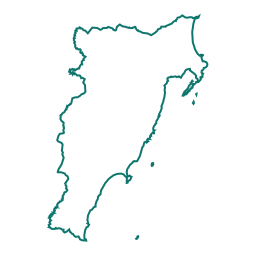 Pathio, Chumphon, Thailand (Mercator projection)
{"feature_id": "78962969B3300924250293", "entity_name": "Pathio", "entity_type": "district", "adm_level": 2, "iso_a3": "THA", "parent_name": "Thailand", "parent_adm1": "Chumphon", "projection": "mercator", "projection_center": [99.321, 10.773], "detail": "fine", "context": "isolated", "style": "outline", "palette": "teal", "viewbox_px": 256, "rotation_deg": 0, "n_neighbors": 0, "source": "geoboundaries", "source_scale": "gbopen_adm2", "svg_char_len": 5634}
<svg xmlns="http://www.w3.org/2000/svg" viewBox="0 0 256 256"><path d="M76.6,28.5L76.7,30.5L75.9,30.0L75.4,30.5L75.8,31.0L75.1,32.3L75.7,32.9L75.3,33.9L74.6,34.3L75.1,35.6L74.4,35.8L74.5,37.0L73.8,38.0L74.6,38.4L74.1,38.9L73.8,40.1L75.0,42.0L74.2,42.7L75.4,45.4L75.1,46.7L76.0,48.4L76.8,48.8L77.2,48.4L78.4,49.5L80.0,49.2L80.4,49.6L80.8,50.2L80.2,52.1L80.6,52.8L81.2,53.2L82.1,52.6L83.0,54.2L82.8,55.2L85.5,56.7L83.5,58.8L83.8,60.0L82.6,60.5L81.7,61.9L82.2,64.3L81.2,64.3L79.8,66.3L79.2,68.4L78.4,68.2L77.4,69.1L76.5,69.1L75.2,70.5L74.8,70.5L75.3,70.2L75.0,69.7L74.1,69.2L73.1,69.5L72.4,68.9L70.9,69.9L70.0,69.4L69.1,71.7L70.1,71.9L70.3,72.9L71.4,72.8L70.8,73.6L72.6,73.3L72.7,74.1L73.1,73.5L73.8,74.0L74.0,73.3L74.4,73.7L74.8,73.3L77.2,75.5L79.4,75.4L80.2,75.8L81.2,78.2L82.3,77.8L84.7,79.1L83.2,82.5L85.0,85.1L85.4,91.8L84.0,93.4L81.5,94.3L80.0,95.8L77.5,97.3L74.8,97.4L72.4,98.3L71.2,103.4L70.6,104.2L70.0,104.1L69.3,105.1L68.5,105.2L67.3,106.8L67.0,106.4L66.7,107.2L67.1,107.7L66.2,108.6L66.5,109.5L65.4,110.0L64.5,112.0L62.3,113.4L61.8,114.6L60.7,115.0L60.4,115.6L60.8,116.9L60.4,118.9L61.4,120.8L63.7,122.7L63.2,125.5L63.8,126.2L63.6,127.1L64.1,128.0L63.3,130.2L63.9,132.4L63.6,133.2L59.8,133.8L58.5,135.8L57.2,140.1L58.2,141.4L61.7,143.0L62.6,144.5L61.9,150.8L62.9,152.6L62.3,154.4L63.7,157.7L61.6,164.3L58.6,169.2L57.7,172.0L58.4,172.4L60.8,172.2L64.7,173.5L65.9,175.3L67.4,176.1L67.8,176.9L68.3,179.0L65.2,183.3L65.6,183.9L65.5,185.1L66.5,186.2L66.1,188.4L66.5,188.5L67.3,190.3L65.6,192.1L64.5,192.3L63.4,195.3L62.8,195.6L62.6,196.8L63.0,197.7L62.3,198.6L62.7,198.6L62.7,200.0L60.4,201.7L59.6,201.5L59.2,202.5L58.2,203.0L57.1,204.8L57.5,205.9L55.9,207.0L56.6,207.4L55.9,207.4L55.8,208.2L55.2,208.1L54.3,208.9L54.8,210.4L54.1,210.5L54.4,211.3L53.7,212.0L54.1,212.5L53.5,212.5L53.9,212.8L53.5,212.8L53.4,213.6L52.5,213.5L52.4,214.0L52.2,213.7L51.4,214.5L51.0,214.2L49.6,215.9L49.7,216.7L50.1,216.7L49.4,217.1L50.1,217.5L49.4,218.0L49.9,218.2L49.9,219.3L50.7,220.1L50.2,220.2L49.8,221.5L50.1,221.7L49.4,222.5L50.4,224.0L48.7,225.0L49.3,226.3L48.7,227.2L50.3,227.6L51.5,228.8L54.8,229.0L55.8,227.9L56.9,228.7L59.0,228.2L61.2,228.8L62.0,229.6L63.6,229.7L63.4,231.5L64.7,232.5L66.6,231.7L69.2,229.4L70.2,232.2L70.9,232.4L71.8,233.6L73.0,234.0L74.4,236.0L75.7,236.8L78.6,236.5L80.0,239.3L82.1,240.3L86.2,240.6L85.9,239.4L84.9,239.2L84.5,238.5L84.3,235.1L85.2,230.0L86.6,227.2L87.9,226.7L89.1,224.7L87.7,223.6L88.3,223.4L87.4,220.1L88.0,215.5L90.3,210.4L91.9,209.7L94.0,207.1L95.6,206.6L95.5,204.6L96.6,201.0L97.7,199.2L98.1,196.7L99.4,195.1L100.4,194.5L101.1,190.4L105.2,183.2L108.7,178.9L113.3,175.4L117.1,173.9L121.3,173.6L123.8,174.5L124.7,175.8L126.9,177.7L126.7,182.9L127.6,182.7L128.4,180.7L130.2,179.9L131.5,176.8L130.3,176.4L129.7,175.6L128.2,176.4L127.3,175.5L126.7,172.0L127.2,169.3L130.0,164.9L132.7,162.5L132.8,161.9L134.2,161.0L134.8,161.4L137.2,161.1L139.9,156.0L142.3,147.3L143.3,146.2L144.4,142.3L145.9,141.7L146.6,142.6L147.2,142.2L147.1,141.7L147.8,141.4L147.1,141.0L147.3,139.5L147.7,139.0L148.3,139.5L149.0,138.9L149.8,139.0L149.3,138.3L150.0,137.4L150.2,136.3L151.2,136.0L151.0,135.2L150.6,135.2L151.6,133.6L152.7,132.8L153.4,133.4L154.0,133.3L153.9,132.0L153.4,131.8L153.4,131.2L154.4,130.4L153.7,130.3L153.2,129.3L153.3,127.8L154.1,125.8L155.4,124.5L155.4,123.8L156.2,123.2L156.3,121.3L159.2,116.4L158.6,116.1L159.5,115.3L159.0,115.0L159.1,114.1L160.9,110.7L161.8,107.8L161.4,106.5L163.5,101.1L163.4,100.1L164.2,98.1L165.0,92.6L164.6,89.8L165.1,87.5L164.4,85.5L166.7,83.3L167.3,81.2L168.1,80.9L167.3,78.7L168.3,77.5L170.7,77.1L171.1,76.6L171.6,77.0L175.6,76.4L176.6,77.1L178.0,76.7L179.6,77.1L179.6,76.8L180.9,77.7L183.0,74.2L183.8,73.7L185.6,70.3L187.2,69.3L189.9,68.9L189.9,70.4L194.7,74.0L196.2,75.8L195.9,77.2L196.4,78.3L197.3,78.6L198.0,80.4L197.5,81.6L196.1,82.0L196.0,82.7L197.6,81.9L198.3,82.1L200.8,79.5L200.4,77.3L200.9,77.0L201.7,77.5L202.5,76.8L202.4,75.4L203.0,73.9L202.3,73.9L202.3,73.1L201.5,72.5L201.8,70.5L202.6,70.3L203.6,69.0L203.8,67.9L205.5,67.5L206.6,66.6L207.3,65.3L207.3,63.8L206.4,62.2L203.6,61.2L203.0,61.4L202.3,60.5L201.3,56.8L203.0,55.4L202.8,54.9L200.8,54.8L200.5,55.8L199.8,55.8L197.5,53.7L195.1,49.5L192.8,42.2L192.2,32.0L193.4,23.7L194.6,19.4L196.5,17.4L197.3,17.3L197.4,18.1L198.4,17.7L198.9,16.2L197.7,17.1L196.5,16.7L194.4,17.9L192.8,18.1L192.1,17.4L190.5,17.1L187.3,17.7L185.4,17.5L182.3,15.4L179.9,17.2L177.5,17.7L177.0,19.1L176.0,19.9L175.9,20.9L175.4,20.7L173.6,21.6L171.7,23.6L165.6,26.2L165.5,26.7L161.3,26.7L160.7,28.3L157.9,29.4L157.5,30.4L155.3,32.6L151.2,35.2L147.8,33.5L142.5,32.8L140.4,31.5L138.5,31.2L138.1,30.3L137.3,30.4L136.4,29.3L135.3,27.2L135.2,26.1L134.8,27.1L132.6,27.7L132.4,28.1L129.4,27.9L129.2,27.5L128.5,27.8L125.1,26.7L122.7,26.4L119.8,24.5L117.0,26.7L116.0,30.0L115.3,30.5L113.5,29.9L112.5,28.4L108.1,26.9L106.8,28.0L102.9,28.1L101.7,29.3L100.2,29.8L97.2,28.0L92.3,27.6L87.8,33.3L85.3,30.6L83.4,30.2L82.8,29.1L80.0,27.6L79.9,28.1L79.5,27.8L79.4,28.2L76.6,28.5ZM192.8,84.1L190.7,83.3L190.8,84.0L189.0,85.6L187.9,88.4L184.2,92.1L182.7,95.6L183.6,95.7L185.6,93.6L185.7,94.4L186.3,94.3L187.4,93.1L187.6,91.9L188.3,92.0L189.0,91.2L188.5,90.4L189.7,90.6L190.3,88.8L191.4,88.6L191.5,87.9L191.8,88.2L192.5,87.6L192.8,85.6L194.4,84.2L193.7,83.8L192.8,84.1ZM152.6,165.7L153.3,164.1L153.0,163.0L152.0,163.3L151.6,164.9L151.9,165.9L152.6,165.7ZM135.4,239.1L137.2,238.6L138.3,236.7L138.1,236.2L137.5,236.4L136.9,238.2L135.4,239.1ZM193.5,103.8L194.0,102.9L193.6,101.7L192.9,103.0L193.5,103.8ZM192.7,81.3L192.2,80.7L191.6,81.5L191.8,81.8L192.7,81.3ZM196.4,94.7L196.5,94.2L196.5,93.8L196.1,94.1L196.4,94.7Z" fill="none" stroke="#0f766e" stroke-width="2"/></svg>